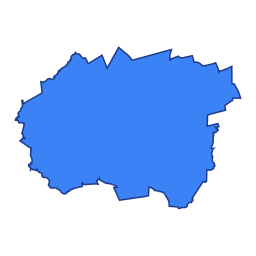 Julimes, Chihuahua, Mexico
{"feature_id": "50627088B60832764268377", "entity_name": "Julimes", "entity_type": "district", "adm_level": 2, "iso_a3": "MEX", "parent_name": "Mexico", "parent_adm1": "Chihuahua", "projection": "orthographic", "projection_center": [-105.121, 28.529], "detail": "fine", "context": "isolated", "style": "filled", "palette": "blue", "viewbox_px": 256, "rotation_deg": 0, "n_neighbors": 0, "source": "geoboundaries", "source_scale": "gbopen_adm2", "svg_char_len": 5602}
<svg xmlns="http://www.w3.org/2000/svg" viewBox="0 0 256 256"><path d="M15.4,119.6L15.4,120.3L18.0,120.3L18.3,121.5L18.9,122.6L19.3,123.0L20.2,122.8L20.9,122.5L22.7,122.9L23.3,123.7L24.4,123.8L21.9,133.8L23.2,134.3L23.2,137.0L24.0,137.2L25.0,138.1L25.2,138.5L24.7,138.7L24.3,138.4L24.1,138.5L23.8,138.2L24.0,138.0L23.2,137.7L23.0,137.9L22.5,138.8L22.2,138.8L22.0,139.1L21.6,139.3L21.6,139.7L21.3,140.0L20.8,140.3L20.3,140.4L20.0,140.9L28.1,146.4L29.3,147.4L29.9,147.6L31.2,147.8L31.3,148.4L30.9,149.1L30.7,150.4L31.0,151.4L30.8,152.1L30.8,153.7L30.3,154.8L30.7,155.3L30.8,155.8L30.7,156.4L31.7,157.8L31.7,158.6L31.9,158.8L32.0,159.0L31.9,159.2L31.9,159.8L32.1,160.0L32.0,161.0L32.1,161.4L31.9,162.9L30.8,162.7L30.6,164.5L30.1,164.3L29.1,164.3L29.1,164.5L28.6,164.8L28.6,165.5L29.0,165.6L28.9,166.1L29.3,166.5L29.3,166.9L30.5,167.1L30.5,169.8L31.1,168.9L32.5,169.6L32.8,169.2L35.7,170.5L37.1,169.3L37.1,169.9L37.2,170.6L37.6,170.7L38.2,171.4L38.9,171.6L39.3,172.6L40.6,172.7L41.9,173.5L42.2,174.1L41.9,174.4L42.0,175.9L42.3,176.5L42.7,176.5L42.9,176.9L43.2,177.0L43.3,177.3L43.7,177.5L45.5,177.5L47.0,177.7L49.4,180.3L49.2,180.8L49.4,182.0L48.7,184.1L48.4,185.2L48.7,185.7L49.5,186.4L50.0,187.0L50.2,187.7L50.7,187.9L53.8,188.0L55.0,187.8L56.1,187.9L57.2,188.9L58.0,189.2L58.4,189.7L59.2,189.8L59.8,190.1L60.9,191.9L61.8,192.8L63.7,193.7L63.9,193.9L64.3,194.0L65.0,193.7L65.6,193.2L65.9,193.2L66.3,193.4L66.4,193.0L66.8,192.8L67.2,192.3L67.2,191.8L67.6,191.6L68.4,191.7L68.7,191.3L68.9,191.3L69.1,191.2L69.2,190.9L69.8,190.7L69.8,190.4L70.1,190.0L70.4,190.0L70.8,189.6L71.5,189.6L72.2,189.3L72.5,189.3L73.2,188.6L73.9,188.6L74.4,188.2L77.0,187.7L79.1,187.0L80.3,187.0L81.0,186.7L82.2,186.5L82.3,186.2L82.1,185.5L82.1,184.0L82.3,182.8L84.0,184.7L85.5,184.5L94.9,183.9L96.3,183.9L98.1,184.2L98.0,183.9L97.6,183.9L97.3,182.4L96.8,181.3L97.3,180.7L97.1,180.2L98.5,179.4L99.0,178.6L99.0,178.9L99.4,179.5L100.2,180.3L101.1,180.6L104.2,182.4L106.7,183.5L108.6,183.3L109.7,183.9L110.0,183.8L112.6,184.4L113.9,185.0L114.9,185.8L116.2,186.1L116.6,186.5L116.9,186.7L117.4,187.2L113.8,187.6L119.5,200.2L145.6,196.4L148.5,195.7L148.9,187.1L150.7,187.3L151.1,187.9L152.5,188.5L153.5,189.2L154.2,189.8L154.5,190.5L155.4,190.5L157.2,190.9L158.6,191.0L159.4,191.5L161.4,191.8L163.0,192.5L163.8,192.5L167.8,199.4L168.3,200.1L168.9,201.6L169.3,206.3L177.8,206.9L178.8,208.6L182.0,207.5L183.1,207.6L184.4,207.5L184.6,207.6L186.1,207.1L187.1,206.2L187.3,205.7L187.3,205.1L188.3,203.1L189.5,202.4L189.9,202.5L190.0,202.4L191.0,202.6L191.8,202.1L192.1,201.1L193.0,200.0L192.5,199.8L192.1,199.1L192.5,198.2L192.8,197.9L192.9,197.3L193.2,197.0L193.2,196.7L203.2,181.4L204.1,181.7L204.9,182.3L205.3,181.9L206.2,181.9L206.5,181.4L206.8,169.8L210.1,170.2L211.2,169.9L211.7,169.5L212.7,169.3L213.4,168.7L213.5,166.9L214.6,166.5L214.6,166.0L214.9,165.3L214.5,164.7L214.3,163.6L213.8,162.7L213.4,162.3L212.9,162.1L212.5,161.5L212.2,158.9L212.8,157.0L212.3,156.8L212.1,155.6L211.5,154.0L211.6,153.2L212.2,151.9L212.8,149.3L213.1,148.8L213.7,148.3L211.2,148.4L211.6,146.6L212.0,145.8L212.0,145.4L212.5,144.8L213.0,142.4L213.3,140.7L213.1,138.0L213.3,137.5L213.3,137.4L213.4,137.0L213.4,136.4L213.7,135.7L213.5,134.6L213.2,134.3L212.9,133.7L213.4,133.2L214.1,133.0L213.9,132.7L214.5,132.7L215.2,132.2L215.5,132.4L216.0,132.2L217.1,131.1L217.4,131.0L217.5,130.7L217.2,129.5L218.0,129.6L217.5,128.9L216.6,128.3L215.8,127.9L215.4,127.5L216.5,127.8L216.8,127.4L217.3,127.2L218.0,126.7L218.9,126.7L217.9,123.6L207.3,126.2L207.5,115.2L211.1,113.9L214.8,113.0L225.6,110.2L224.8,106.1L224.9,105.5L230.7,101.4L232.4,100.6L232.6,100.3L232.4,99.6L232.7,99.0L232.7,98.1L240.6,98.2L238.4,91.6L234.2,83.9L231.9,83.8L231.8,66.3L226.6,69.0L226.1,69.1L225.7,69.0L224.2,69.8L222.3,70.4L221.5,70.9L220.4,70.9L219.2,70.7L218.8,71.9L217.9,68.0L215.6,62.8L212.7,63.8L208.2,65.0L202.9,66.0L202.4,65.4L201.6,64.9L199.9,63.4L197.6,62.3L194.1,62.1L192.2,55.7L181.9,58.0L180.5,57.6L178.5,56.7L178.2,56.2L176.6,57.0L176.0,57.1L171.6,58.7L171.2,58.9L170.7,59.9L169.9,60.3L169.9,54.7L171.5,49.5L132.0,60.3L131.5,59.3L130.2,57.5L129.3,56.7L129.0,56.3L128.9,56.0L118.7,47.4L107.1,68.2L102.0,55.2L88.3,63.7L85.3,57.8L84.1,58.3L83.4,58.5L81.1,56.5L81.0,56.1L80.4,55.1L79.8,54.8L78.9,53.9L78.6,53.8L77.5,54.1L76.4,54.1L75.8,53.1L75.9,52.7L75.6,52.4L74.9,53.3L74.3,54.3L72.8,54.7L72.7,55.2L72.1,55.5L71.6,56.0L71.7,56.5L71.1,56.9L71.3,57.5L71.0,57.9L71.1,59.5L70.7,59.5L70.7,60.2L70.4,60.8L70.0,61.0L69.7,60.6L69.1,61.8L68.7,61.8L68.3,62.1L67.8,62.3L67.7,62.9L67.9,63.3L67.5,63.5L67.3,64.2L67.3,64.6L67.1,64.9L66.9,64.8L66.6,65.3L66.2,65.4L66.2,65.6L65.6,65.8L65.0,66.6L64.4,66.9L64.4,67.1L64.2,67.2L63.1,67.4L62.0,68.0L61.8,68.4L60.8,69.2L60.4,69.8L60.2,69.6L60.0,69.8L59.4,71.3L59.0,71.3L58.4,71.0L58.1,72.5L57.6,73.1L57.8,73.4L57.6,73.6L57.8,73.7L57.8,73.9L57.5,74.0L57.1,74.4L56.6,74.5L56.5,74.8L56.1,74.9L54.7,76.0L54.4,76.4L54.0,76.4L54.0,76.8L53.9,76.9L54.4,77.0L54.4,77.9L54.8,78.0L54.4,78.5L53.6,79.0L52.9,79.0L51.9,79.3L50.8,79.2L50.5,78.7L50.1,78.5L49.2,78.7L47.9,78.9L47.0,79.6L45.7,81.3L44.9,81.6L44.7,81.5L44.1,81.6L43.8,82.3L43.3,82.2L43.1,82.1L42.8,82.4L41.9,82.2L41.7,82.4L41.6,82.2L41.4,82.5L41.2,82.3L41.1,82.6L40.9,82.4L42.2,92.9L23.2,103.7L22.8,100.4L22.0,100.2L21.9,100.3L21.8,100.7L22.3,102.0L22.1,103.6L22.6,104.9L22.5,105.3L22.3,106.6L20.8,108.9L20.5,110.7L19.8,111.4L18.8,111.9L18.4,112.7L18.2,113.9L18.3,114.8L18.6,115.7L19.1,116.2L19.1,116.8L18.9,117.0L18.0,116.8L17.4,116.9L17.3,117.3L17.0,117.8L16.3,117.9L16.1,118.7L16.2,118.8L16.9,118.9L16.9,119.1L16.6,119.0L15.6,119.2L15.4,119.6Z" fill="#3b82f6" stroke="#1e3a8a" stroke-width="1.5"/></svg>